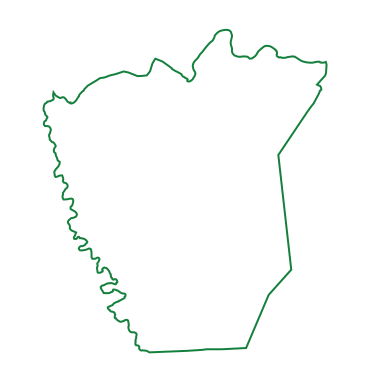 outline of Tataltepec de Valdés, Oaxaca, Mexico, rotated 86°
{"feature_id": "50627088B54996200211421", "entity_name": "Tataltepec de Valdés", "entity_type": "district", "adm_level": 2, "iso_a3": "MEX", "parent_name": "Mexico", "parent_adm1": "Oaxaca", "projection": "robinson", "projection_center": [-97.541, 16.313], "detail": "fine", "context": "isolated", "style": "outline", "palette": "green", "viewbox_px": 384, "rotation_deg": 86, "n_neighbors": 0, "source": "geoboundaries", "source_scale": "gbopen_adm2", "svg_char_len": 5926}
<svg xmlns="http://www.w3.org/2000/svg" viewBox="0 0 384 384"><g transform="rotate(86 192 192)"><path d="M346.6,253.7L346.5,252.4L347.2,248.5L349.0,245.6L350.1,208.4L350.2,193.0L349.9,188.5L351.0,172.2L351.4,148.9L300.0,122.7L276.4,98.4L161.1,103.3L119.6,71.0L115.3,67.4L112.0,64.4L103.6,59.1L100.6,57.5L100.0,57.4L99.0,55.9L97.7,55.9L96.1,56.3L95.0,57.0L94.4,58.7L93.6,59.8L85.2,51.1L82.6,50.0L75.2,49.0L74.3,48.9L71.6,49.4L72.0,50.8L72.1,52.0L72.0,53.8L71.7,55.1L71.1,55.4L70.8,56.5L70.9,57.2L70.8,57.8L70.8,58.4L71.4,62.7L71.3,64.8L70.6,69.0L70.1,70.2L69.8,71.6L68.8,73.8L64.2,80.0L64.0,80.7L64.1,81.4L63.7,82.0L64.0,85.7L64.0,86.9L64.5,88.8L64.6,90.7L64.4,93.0L64.1,93.4L64.1,93.7L63.7,94.6L63.9,95.8L63.5,96.2L63.0,97.2L62.1,97.9L60.9,98.0L60.0,97.6L58.9,97.5L57.7,97.6L57.5,97.9L56.7,98.5L56.0,98.6L55.6,99.4L55.1,99.7L52.6,102.9L51.8,104.8L51.4,107.0L51.4,108.7L52.2,110.5L53.9,112.9L56.3,116.0L60.0,118.6L61.3,120.1L62.7,122.5L63.0,123.5L63.0,125.1L61.0,127.0L60.7,128.7L60.4,129.6L60.5,130.5L60.3,131.4L60.5,134.7L60.1,137.1L58.8,140.0L57.1,141.5L55.8,142.1L54.2,142.3L51.4,142.1L47.4,143.0L44.6,142.9L43.4,142.4L41.2,141.8L39.9,141.3L38.4,141.2L35.2,142.0L34.2,142.6L33.5,143.5L32.9,144.7L32.6,147.0L32.8,150.2L33.3,152.5L34.1,154.4L35.3,156.1L37.4,158.3L39.3,158.9L41.8,160.4L42.7,161.2L43.6,162.7L45.6,165.1L49.1,168.5L53.2,172.1L54.8,174.0L58.8,177.0L61.6,180.1L63.7,181.7L66.5,182.5L70.1,181.9L72.8,180.5L74.5,180.4L76.6,181.3L78.1,182.5L79.6,183.5L80.9,185.2L81.6,186.9L81.5,187.9L81.1,188.9L79.9,188.8L79.4,188.5L78.6,189.1L77.8,190.7L76.8,191.7L76.1,193.1L74.5,194.1L73.7,194.3L70.9,198.7L70.5,199.6L67.9,203.3L67.2,203.5L65.1,205.9L59.6,212.6L56.5,219.2L57.5,220.1L61.0,222.5L68.6,225.4L72.5,228.9L72.7,233.2L72.6,238.2L68.3,247.2L67.0,251.7L69.1,260.2L70.0,265.7L71.6,271.1L72.0,275.8L73.9,279.2L78.6,288.5L81.7,292.0L83.4,293.1L83.6,293.7L84.3,294.6L86.3,296.8L87.2,297.6L87.8,297.9L88.6,298.1L89.2,298.8L92.8,301.4L94.2,303.1L95.0,304.6L95.3,305.9L95.1,307.2L94.8,307.4L94.2,307.2L94.2,308.5L94.0,308.8L92.9,310.1L90.5,311.4L88.7,313.2L88.4,314.5L89.0,316.4L89.0,317.2L87.9,319.0L86.5,321.0L85.6,321.7L83.0,323.2L85.7,323.8L87.3,323.8L88.2,323.4L89.2,323.5L90.1,323.8L91.4,326.8L91.9,330.2L92.7,330.7L93.9,332.8L95.4,333.5L97.8,334.2L100.4,334.3L102.1,333.3L104.0,333.1L105.3,332.4L106.9,331.1L107.5,331.0L108.7,331.9L110.5,332.7L111.3,334.3L112.8,334.9L114.4,335.1L116.0,334.0L116.1,332.0L116.6,330.2L117.2,329.6L117.9,329.1L119.9,328.4L123.8,329.7L124.6,330.4L125.9,330.7L127.9,330.3L129.9,330.2L132.4,328.1L132.8,326.9L133.8,326.0L135.3,325.2L136.7,324.7L138.7,326.2L140.2,326.9L142.3,326.9L143.9,325.4L145.1,325.4L146.8,325.0L148.5,324.3L150.7,323.9L151.6,323.3L152.6,321.9L154.6,322.1L156.1,322.9L157.4,323.8L159.8,326.3L162.0,327.9L162.9,328.0L164.6,327.8L165.8,327.8L166.7,327.6L167.5,327.0L167.3,325.3L166.6,323.8L166.4,322.5L166.3,321.5L166.4,320.3L168.8,319.7L170.2,319.5L172.2,320.0L173.6,319.3L174.3,317.2L175.5,316.1L176.8,315.6L178.2,315.8L179.2,316.5L179.9,317.6L180.7,318.4L181.3,318.7L184.0,320.9L185.5,320.8L187.0,321.5L188.8,321.4L190.5,320.7L190.6,319.6L190.5,316.2L190.2,314.7L190.2,312.7L190.6,311.7L191.7,311.1L193.2,311.1L194.5,311.6L196.1,312.0L197.3,312.7L198.2,314.0L199.3,314.3L200.6,314.2L202.2,311.8L202.9,310.6L203.9,309.5L205.2,308.6L206.6,308.4L207.7,308.9L208.6,309.7L209.0,311.0L209.4,311.7L209.7,314.4L211.1,316.4L212.7,317.7L213.9,317.9L214.7,317.6L215.9,316.7L217.0,316.3L218.1,316.2L219.8,316.4L221.3,315.6L222.1,314.6L224.3,310.4L227.4,311.9L228.6,312.8L229.5,313.1L230.4,312.9L230.7,312.0L230.7,310.7L230.4,310.2L229.0,309.1L228.8,308.0L229.5,307.4L230.2,307.2L230.3,305.4L230.7,304.9L231.1,303.1L232.0,301.7L233.2,300.6L234.5,299.9L235.7,300.7L236.2,301.6L237.0,302.1L237.8,303.5L238.4,305.0L238.2,306.5L238.8,307.8L239.5,308.4L240.6,308.9L241.7,308.4L242.3,307.9L242.6,306.1L242.5,303.8L242.1,301.4L241.2,298.6L241.3,297.9L242.1,296.8L242.7,296.7L244.8,296.5L246.5,296.5L250.0,296.8L251.7,296.0L251.8,293.1L250.9,291.0L251.0,290.1L251.6,289.3L252.2,289.0L253.3,289.2L254.0,289.7L254.9,290.0L256.1,291.1L257.1,291.6L258.1,291.3L259.3,291.3L260.9,292.1L265.2,291.8L265.9,291.5L266.1,290.2L266.1,289.4L265.8,288.2L265.3,287.8L265.2,286.9L264.5,286.5L263.7,286.6L263.2,287.0L262.4,286.7L261.6,285.7L261.2,284.8L261.6,283.9L261.8,282.9L262.9,281.7L265.1,280.2L267.4,279.5L268.2,278.9L269.0,278.7L269.9,279.0L270.7,278.6L271.5,278.6L272.1,277.9L273.1,277.6L273.6,277.2L274.0,276.3L273.6,275.7L273.6,274.6L273.8,273.9L274.6,273.3L276.4,272.7L277.0,273.1L277.3,273.8L278.1,273.9L278.6,274.4L278.7,275.2L277.5,277.8L277.1,280.2L277.4,281.1L277.2,282.3L277.4,283.0L278.9,286.7L279.3,288.7L279.9,289.0L280.4,289.7L281.8,289.6L286.6,287.1L286.6,286.1L287.0,285.2L286.9,284.3L287.1,282.3L286.6,280.2L286.1,279.5L286.0,278.6L285.6,277.9L284.5,277.8L283.8,277.3L284.0,275.9L284.3,274.9L284.8,274.0L285.2,272.9L287.6,270.0L288.0,269.2L288.4,268.2L288.7,266.3L289.1,265.8L289.7,265.5L291.2,265.7L291.8,266.5L292.9,266.6L293.4,267.2L294.0,269.0L294.5,269.7L295.4,271.8L295.4,272.5L296.1,273.0L296.5,275.0L297.4,277.2L298.2,278.3L298.9,278.7L299.7,280.1L299.9,281.3L300.4,282.2L300.8,283.6L301.3,284.1L302.2,284.0L303.7,283.0L304.3,282.1L304.8,282.0L305.6,281.1L305.9,279.5L306.5,278.6L306.8,277.8L307.2,277.6L308.1,277.6L308.9,277.1L310.4,277.7L311.5,277.9L312.5,277.5L312.5,276.8L313.8,276.2L314.9,275.0L316.4,272.8L316.5,271.5L316.1,270.5L316.0,269.0L315.5,268.6L315.2,267.9L315.0,266.8L315.0,265.8L315.8,264.7L317.3,264.6L318.5,264.3L319.9,264.5L320.4,264.3L321.3,264.4L321.7,264.8L323.3,264.9L324.9,264.6L325.9,264.2L327.1,263.3L327.6,262.6L327.6,262.0L327.9,260.9L327.9,259.6L328.3,258.7L328.7,257.9L329.9,257.2L331.0,257.3L333.0,257.9L333.9,257.9L336.4,258.9L337.3,258.6L338.0,258.9L339.7,259.1L340.5,258.9L341.0,258.4L341.2,257.1L341.6,256.1L342.3,255.5L343.1,255.4L344.4,255.7L345.0,255.4L346.0,254.7L346.6,253.7Z" fill="none" stroke="#15803d" stroke-width="2"/></g></svg>